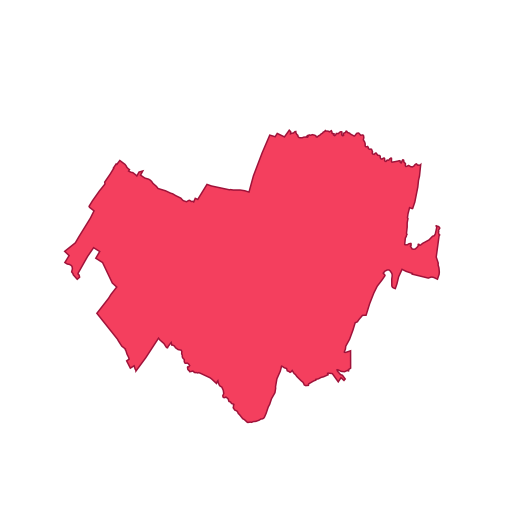 outline of Arcani, Gorj, Romania, rotated 298°
{"feature_id": "2599482B98207441284100", "entity_name": "Arcani", "entity_type": "district", "adm_level": 2, "iso_a3": "ROU", "parent_name": "Romania", "parent_adm1": "Gorj", "projection": "equal_earth", "projection_center": [23.138, 45.073], "detail": "fine", "context": "isolated", "style": "filled", "palette": "rose", "viewbox_px": 512, "rotation_deg": 298, "n_neighbors": 0, "source": "geoboundaries", "source_scale": "gbopen_adm2", "svg_char_len": 6139}
<svg xmlns="http://www.w3.org/2000/svg" viewBox="0 0 512 512"><g transform="rotate(298 256 256)"><path d="M408.4,281.0L408.0,278.8L408.7,277.7L408.6,277.0L407.0,276.9L405.6,275.8L404.7,275.9L403.6,276.7L402.9,276.2L403.0,275.2L403.6,274.6L405.8,273.7L405.8,273.1L405.4,272.4L404.5,271.8L402.7,271.2L401.9,269.4L400.4,269.5L399.2,269.0L399.3,267.8L400.5,267.7L400.5,267.1L399.9,266.1L400.1,265.5L401.0,265.0L402.0,263.7L400.1,262.5L400.1,261.1L399.1,258.9L399.3,258.3L398.1,258.1L396.9,257.2L395.7,257.1L394.4,256.2L392.7,255.7L391.3,254.7L389.8,254.2L389.5,253.3L390.2,252.4L390.2,251.2L389.6,248.8L388.2,247.5L388.0,246.4L386.6,245.0L386.0,244.8L385.7,245.9L385.0,245.6L384.7,245.0L384.8,244.4L384.3,244.0L383.4,242.4L382.0,241.2L381.0,239.2L380.8,238.1L381.2,237.0L382.2,236.3L382.5,234.9L383.7,233.2L384.6,232.7L384.1,232.0L382.1,231.3L381.2,230.0L380.1,229.1L382.0,228.3L382.7,226.3L374.5,225.2L374.2,217.2L370.3,216.9L369.2,211.4L350.1,213.0L325.5,216.1L309.2,219.8L308.3,215.3L306.8,211.0L303.6,205.0L302.6,202.2L302.0,201.6L296.9,183.7L296.2,179.1L278.6,178.0L278.4,175.3L274.5,175.6L274.6,174.6L273.8,173.3L274.0,171.2L273.3,170.4L271.3,169.2L270.8,166.4L270.8,165.1L271.8,162.5L271.6,156.5L271.8,153.2L271.4,151.3L271.1,145.5L269.6,137.8L270.7,135.4L271.7,131.0L272.9,128.7L273.4,126.6L273.4,125.0L272.6,121.2L273.2,116.1L277.9,116.1L275.2,113.3L270.7,113.2L271.1,112.0L271.8,108.1L271.2,106.3L271.2,103.6L272.9,103.7L273.0,102.5L273.7,100.1L274.3,99.6L275.4,97.3L276.4,90.9L271.5,90.1L271.6,89.3L266.8,88.8L266.7,89.2L259.8,88.8L250.2,87.7L249.1,88.6L248.3,88.8L239.9,87.2L228.1,85.7L221.6,85.3L221.3,85.4L220.8,86.3L219.8,91.8L211.6,92.0L190.1,90.6L182.8,90.3L170.3,84.9L168.6,90.8L160.5,90.3L160.3,93.1L161.0,95.3L160.9,97.2L160.4,98.5L158.5,99.9L155.4,100.7L154.6,102.5L153.6,103.5L151.5,109.1L154.5,110.2L156.1,108.8L156.6,107.2L157.8,107.0L176.7,107.5L187.1,108.7L186.6,115.9L178.8,115.6L178.2,123.6L164.7,141.8L163.2,147.6L154.0,146.0L149.5,145.7L130.7,142.4L117.4,173.0L116.7,173.9L113.4,179.8L112.6,184.3L111.9,184.5L111.6,185.3L108.7,188.3L106.8,191.0L105.4,192.4L102.7,191.0L98.0,197.7L101.8,199.9L99.4,202.4L98.7,203.6L98.1,204.0L114.3,206.4L137.7,208.5L136.7,210.6L135.5,215.8L133.4,219.5L133.2,220.6L133.4,221.0L134.9,220.9L139.8,221.7L137.8,223.5L138.2,224.2L138.2,226.2L137.2,228.0L136.8,231.2L137.7,234.0L136.9,235.3L134.7,236.3L133.8,237.5L132.3,238.3L131.4,239.6L130.9,241.3L129.4,242.0L128.3,243.1L128.1,243.8L128.4,244.6L129.1,245.4L129.2,246.2L129.0,247.3L128.1,248.9L126.4,248.6L126.0,247.7L125.7,247.7L124.0,248.9L123.4,250.1L123.5,250.7L122.7,251.7L123.1,252.4L124.7,254.2L124.7,255.3L124.2,256.1L124.5,257.2L125.0,257.8L125.4,259.5L126.2,260.3L126.4,262.8L126.9,272.6L126.5,274.9L124.9,280.9L126.6,280.7L127.9,280.9L126.3,282.2L124.6,284.5L124.3,285.3L124.2,287.4L122.0,290.2L119.4,292.1L116.9,292.3L115.9,293.3L115.9,294.3L116.6,295.2L117.2,295.5L117.3,296.1L116.8,298.4L114.9,300.4L115.1,302.1L114.3,303.6L114.6,306.0L114.2,306.3L113.1,306.4L112.0,307.1L111.3,307.1L110.0,309.6L110.2,311.6L109.6,313.1L108.6,314.3L108.2,315.9L106.1,320.7L106.1,322.5L105.1,326.3L105.2,327.0L106.6,328.8L107.1,330.2L108.5,331.3L109.9,333.5L112.6,335.9L114.2,336.7L115.2,338.1L116.3,338.9L117.7,339.1L121.9,338.8L128.4,337.7L131.4,337.7L137.3,336.7L144.2,336.9L148.3,335.5L149.8,334.6L157.4,332.1L165.7,331.5L170.7,330.3L170.9,331.0L170.6,333.5L171.0,335.8L169.3,337.5L169.5,339.2L169.3,340.7L170.4,341.4L171.9,341.7L170.1,344.9L169.9,346.4L168.8,348.6L167.1,354.2L166.5,357.0L164.8,359.2L164.9,360.8L166.4,363.0L167.8,362.5L172.8,365.6L174.5,367.1L175.1,366.7L176.9,368.8L179.4,370.5L181.0,372.3L185.0,375.4L186.0,374.3L186.6,374.9L188.0,378.6L183.5,387.7L188.4,388.2L187.4,392.1L189.3,392.5L191.3,388.3L191.0,386.5L191.3,385.4L192.6,382.0L193.5,381.0L194.0,381.6L194.1,385.4L195.4,388.5L198.1,390.6L197.8,391.3L198.0,391.7L199.5,391.2L201.4,392.2L216.7,384.0L213.0,380.5L212.5,379.3L213.2,378.9L215.7,378.7L218.4,377.6L226.4,377.7L236.0,376.4L243.6,374.9L245.5,376.4L248.2,376.7L253.6,377.9L255.4,381.0L267.4,378.7L278.7,377.4L286.2,377.2L294.5,378.6L299.2,379.1L299.7,378.7L300.6,376.4L303.1,376.9L305.1,378.3L305.8,379.2L306.1,380.1L305.9,381.3L304.6,383.8L303.8,384.7L302.3,385.6L299.3,386.7L293.3,390.0L292.4,391.3L292.4,392.9L292.6,394.3L297.6,393.5L304.6,391.7L312.8,391.2L312.9,395.8L314.0,402.2L313.3,402.4L317.4,418.5L319.6,420.5L320.3,422.1L320.5,423.2L320.7,427.1L325.7,426.3L327.9,425.4L331.4,423.1L333.6,421.0L335.3,420.2L339.7,415.6L359.7,408.2L360.8,408.3L361.0,407.3L362.7,405.9L363.5,405.8L364.4,405.0L366.8,405.2L367.3,404.7L367.6,403.9L367.7,402.9L367.4,402.2L367.4,401.1L367.1,400.9L366.4,401.9L365.6,402.3L359.5,404.0L357.5,403.8L356.3,402.6L351.4,401.2L345.4,397.2L342.8,396.1L342.4,395.6L342.8,394.3L342.6,393.8L342.2,393.8L341.4,394.4L339.9,394.3L337.1,393.4L336.1,392.3L335.5,390.6L337.2,387.7L338.0,388.0L339.7,387.1L339.8,386.8L338.6,385.3L336.9,384.3L335.9,382.4L336.1,381.8L342.1,379.4L343.8,379.5L345.2,379.1L345.9,379.2L346.7,378.2L352.5,375.9L356.3,373.9L360.4,372.6L360.8,371.8L364.6,370.4L370.8,368.9L371.2,371.8L371.5,372.0L378.2,370.9L392.8,366.5L399.0,364.0L403.4,362.8L414.0,358.5L413.1,358.2L412.7,357.0L412.2,356.5L412.1,355.8L412.7,354.5L412.4,354.1L411.3,353.5L409.6,353.2L408.1,352.3L407.5,350.7L407.6,348.2L406.1,347.2L405.4,346.3L405.8,345.5L407.7,344.6L408.5,342.4L409.9,341.4L410.0,341.0L409.9,340.5L409.2,340.3L406.4,340.5L406.3,339.9L406.5,339.3L407.6,338.6L407.4,337.7L406.6,337.0L402.7,332.1L403.1,331.2L405.5,330.0L405.9,329.7L405.9,329.2L404.6,328.5L403.2,328.3L402.6,327.8L402.3,326.8L400.6,326.4L400.2,325.7L400.7,324.7L402.2,324.0L402.7,323.3L402.3,322.6L400.7,321.7L400.5,320.6L401.1,319.6L402.5,318.8L402.7,317.6L402.1,316.2L403.3,313.8L402.9,313.1L401.2,312.6L400.9,311.1L401.5,310.2L402.6,310.1L404.4,308.0L404.4,307.3L403.5,306.1L403.7,304.7L404.5,304.3L405.1,303.1L404.3,302.3L404.0,301.5L404.1,301.2L404.6,300.6L406.2,299.8L407.6,298.5L409.0,296.2L411.0,295.7L412.6,294.6L413.0,293.9L412.9,293.3L411.8,291.8L412.7,289.1L412.6,288.5L411.5,287.3L408.6,286.8L408.0,286.4L408.0,282.0L408.4,281.0Z" fill="#f43f5e" stroke="#9f1239" stroke-width="1.5"/></g></svg>